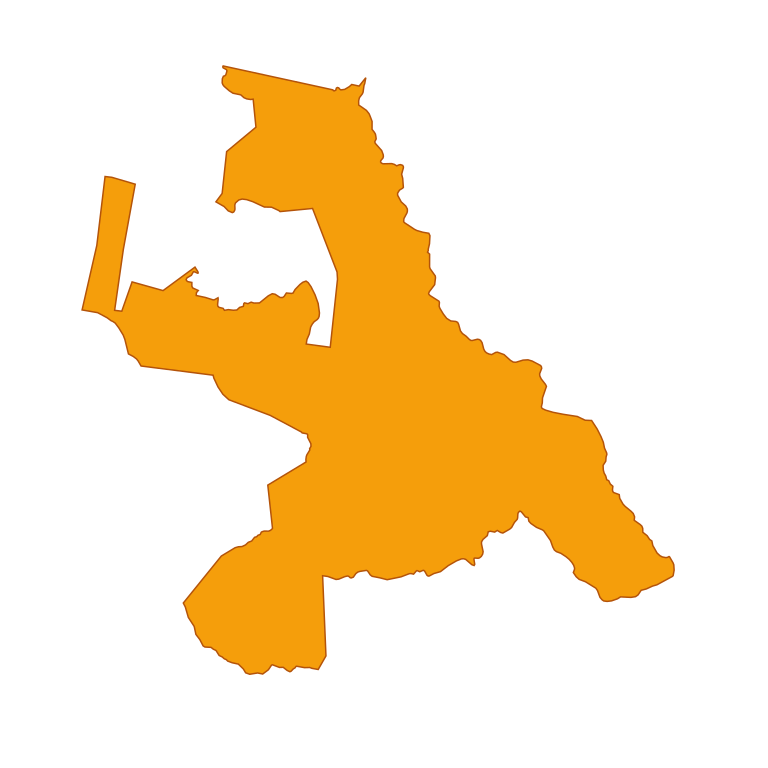 Guarita, Lempira, Honduras (Mercator projection), rotated 186°
{"feature_id": "27666195B2541592461056", "entity_name": "Guarita", "entity_type": "district", "adm_level": 2, "iso_a3": "HND", "parent_name": "Honduras", "parent_adm1": "Lempira", "projection": "mercator", "projection_center": [-88.84, 14.202], "detail": "fine", "context": "isolated", "style": "filled", "palette": "amber", "viewbox_px": 768, "rotation_deg": 186, "n_neighbors": 0, "source": "geoboundaries", "source_scale": "gbopen_adm2", "svg_char_len": 6128}
<svg xmlns="http://www.w3.org/2000/svg" viewBox="0 0 768 768"><g transform="rotate(186 384 384)"><path d="M173.7,369.4L180.2,369.0L188.3,371.9L202.4,372.6L212.8,373.5L220.5,374.9L223.9,376.1L224.7,376.8L225.1,377.9L224.6,381.8L224.9,386.8L222.2,398.6L223.3,400.4L228.2,405.5L229.9,408.3L230.3,410.4L228.8,416.0L229.2,417.5L230.1,418.7L239.0,422.3L243.3,423.1L248.2,422.3L255.1,419.4L257.7,419.3L260.7,420.7L267.7,425.8L274.5,427.5L276.2,427.1L280.0,424.5L282.7,424.8L285.3,425.7L287.0,427.0L288.4,429.0L290.8,435.4L292.5,437.5L294.0,438.2L295.8,438.3L300.7,436.5L302.1,436.4L303.7,437.2L307.3,440.1L311.3,442.4L313.5,444.8L316.1,451.3L317.2,453.0L319.1,453.7L324.2,453.7L328.5,455.8L332.4,459.9L336.4,465.2L337.3,467.2L337.4,470.9L338.0,472.1L347.3,476.7L348.7,477.8L349.1,478.7L348.6,480.5L344.0,488.1L343.9,495.0L344.3,496.8L350.2,503.5L350.9,505.2L352.2,517.9L354.5,519.7L353.9,521.3L354.1,522.6L353.4,528.2L353.8,536.3L355.2,538.6L361.3,539.0L367.4,540.1L369.8,541.0L380.2,546.4L381.4,547.4L381.5,550.5L379.0,556.7L378.8,558.5L379.1,560.5L381.0,563.3L385.9,566.9L390.2,573.2L390.4,575.3L388.8,578.5L385.9,580.7L385.3,581.6L386.9,590.5L388.4,594.5L387.3,601.1L387.5,602.3L388.3,603.4L390.5,603.9L391.8,603.6L394.2,602.3L396.7,603.5L399.4,604.0L407.9,602.9L409.6,603.4L410.6,604.4L410.6,605.7L408.6,608.7L408.4,610.4L408.8,612.1L410.7,615.9L417.9,622.5L418.5,624.0L417.4,626.9L417.9,629.1L418.6,631.5L419.8,633.2L422.5,636.0L423.3,643.9L425.6,648.5L427.0,651.1L430.1,654.3L438.3,658.8L438.8,662.9L438.6,664.8L438.3,666.3L435.8,670.4L435.3,672.1L435.1,678.9L434.6,680.6L434.1,686.7L439.9,677.7L447.4,678.5L449.6,676.1L453.9,672.9L457.6,672.0L458.7,672.5L460.0,673.8L461.4,674.0L462.3,673.3L462.7,671.1L464.2,670.3L465.0,670.5L465.6,671.2L577.2,683.5L577.5,682.5L577.0,681.6L573.6,680.2L572.9,679.0L573.6,675.0L574.5,673.9L575.9,673.3L576.7,670.6L576.4,666.5L575.5,664.8L574.1,663.3L568.5,659.4L564.6,657.4L556.7,656.6L553.2,654.1L550.3,653.2L546.4,653.0L543.9,653.6L538.2,626.0L564.8,598.7L564.9,556.6L570.2,547.6L561.6,543.8L557.0,539.9L552.8,538.6L551.5,539.3L550.7,540.9L550.5,542.3L551.1,546.6L550.6,548.6L547.7,551.8L544.4,553.1L539.8,553.0L533.5,551.6L521.5,547.5L514.3,548.1L506.7,545.5L505.4,544.6L473.4,551.1L442.4,490.5L441.2,483.3L441.3,414.9L465.5,415.6L465.3,420.2L463.5,425.9L462.9,432.9L461.6,436.1L460.0,438.6L457.1,441.2L456.1,442.7L455.6,444.5L455.6,447.9L457.9,457.2L461.9,465.5L466.7,473.1L470.0,476.9L472.3,478.2L475.4,476.7L478.0,474.2L482.3,468.7L484.0,464.9L485.5,464.4L490.6,464.3L492.5,460.6L493.9,459.4L496.4,459.2L501.7,461.9L504.6,462.1L508.3,459.6L516.3,451.6L521.8,450.9L524.7,451.5L527.7,449.7L531.2,450.1L531.8,449.4L532.0,446.5L535.6,445.1L538.1,442.2L541.6,441.6L546.6,441.7L550.4,440.6L551.9,442.4L556.1,443.0L557.4,444.0L557.8,445.7L557.8,451.2L558.1,452.4L561.4,450.1L562.7,449.8L570.7,451.4L580.0,452.4L580.1,455.2L578.5,457.6L584.2,459.5L585.3,461.1L585.7,464.9L589.8,465.3L591.1,466.1L591.7,467.2L591.0,469.0L586.9,472.0L585.3,475.7L584.1,475.7L581.0,474.7L580.4,475.0L580.8,476.2L584.2,480.5L613.5,453.8L645.2,459.2L652.4,429.0L659.6,429.1L657.3,490.6L652.3,556.7L676.2,561.1L683.1,561.2L684.1,491.8L692.0,426.1L676.2,425.0L666.2,420.9L662.2,418.5L660.1,417.8L657.7,416.5L653.7,412.2L648.5,405.4L646.4,401.3L641.3,387.2L636.3,385.2L632.8,383.1L631.0,381.3L627.5,376.5L554.9,374.9L553.8,372.0L548.7,363.6L543.1,356.9L536.6,352.1L493.9,340.9L461.1,327.6L460.3,326.8L455.5,326.4L454.6,325.6L454.4,323.0L450.5,317.0L450.1,314.3L451.2,312.0L450.9,310.6L453.3,305.5L453.7,303.9L453.8,300.9L453.4,298.3L489.0,271.3L479.8,228.8L480.1,228.2L481.6,226.6L483.4,225.6L487.8,225.2L489.9,224.3L490.6,223.7L491.4,221.4L493.5,220.4L494.7,218.8L496.7,218.0L499.2,214.0L502.4,212.4L504.9,209.5L508.2,207.5L511.8,206.9L515.0,205.6L527.8,195.9L560.7,145.2L558.3,141.5L554.2,131.4L547.4,123.0L544.9,115.3L540.4,110.5L536.5,104.6L534.6,103.7L528.5,104.0L526.0,102.4L523.2,101.4L519.6,96.8L516.3,95.6L514.1,94.0L512.0,93.4L510.5,92.1L505.9,90.9L499.6,90.2L494.1,85.9L491.4,82.3L487.2,81.3L479.5,83.4L474.3,82.9L469.1,87.7L466.5,92.6L465.6,93.1L458.3,91.2L454.6,91.7L450.4,89.0L447.5,88.0L446.4,88.6L444.4,91.2L442.8,92.4L442.1,93.8L441.4,94.2L433.4,93.6L428.2,94.3L426.0,93.7L419.6,93.2L413.3,107.5L425.0,186.9L419.7,186.7L411.3,184.6L408.6,185.2L402.9,188.3L400.4,189.2L399.1,189.1L397.3,187.8L396.3,187.7L394.3,188.7L392.2,192.5L390.4,194.2L388.4,195.1L382.0,196.8L380.8,196.4L377.7,192.7L375.7,191.5L367.9,190.8L360.4,189.7L346.9,194.0L339.0,198.0L337.4,198.3L334.7,198.0L332.4,201.3L331.7,201.9L328.8,201.0L325.8,202.7L325.0,202.8L323.9,202.0L321.2,198.2L320.0,197.6L318.9,197.8L314.6,200.7L308.2,203.3L301.1,210.1L293.4,215.7L288.6,218.2L286.5,218.5L284.4,218.1L277.8,213.5L275.4,212.9L274.9,214.2L276.2,218.9L276.1,220.1L275.4,220.4L272.2,220.5L270.9,221.0L269.2,222.7L268.1,225.1L267.9,227.6L270.3,235.1L270.5,237.2L269.3,239.8L265.4,244.0L264.9,247.9L262.9,248.7L258.4,248.3L256.1,250.2L252.4,248.5L250.2,248.2L243.8,252.8L242.1,254.6L239.8,260.0L237.4,263.3L237.1,264.7L237.3,269.2L236.7,270.7L235.5,271.8L234.0,271.2L229.4,266.6L226.7,266.2L225.6,262.7L223.4,260.7L217.4,257.4L211.2,255.5L209.7,254.6L202.1,245.8L199.1,239.5L197.2,236.7L195.0,235.3L190.4,234.1L184.8,231.2L181.4,228.9L178.5,226.2L176.4,223.5L175.2,220.8L175.2,219.4L176.0,216.3L172.7,212.4L169.5,210.1L163.0,208.4L152.0,203.1L150.1,200.9L146.9,194.4L144.6,192.2L142.8,191.2L139.4,191.1L135.0,192.1L129.3,194.8L126.5,197.0L116.1,197.6L111.6,198.8L109.3,200.8L106.7,205.7L101.7,207.6L95.8,211.1L91.6,212.8L76.9,222.9L76.4,223.8L76.0,229.2L76.9,234.5L77.8,236.3L81.9,241.9L82.5,242.2L84.0,241.2L85.5,240.8L89.1,241.1L91.6,242.1L94.8,244.5L99.8,251.5L101.2,255.9L103.6,257.2L106.5,260.7L111.1,263.6L111.6,267.5L112.7,269.6L114.5,271.0L120.9,274.6L120.9,278.1L122.6,281.3L124.9,283.2L131.4,287.5L133.8,289.6L137.6,294.9L138.5,298.6L144.1,300.0L145.2,300.9L145.7,302.6L145.7,306.2L148.5,308.2L150.4,311.3L152.5,312.1L153.8,315.6L155.8,318.5L156.9,321.4L157.6,326.0L155.4,330.4L155.5,334.7L155.0,337.2L155.3,338.6L158.0,343.3L159.8,349.0L162.7,354.4L167.3,361.5L173.7,369.4Z" fill="#f59e0b" stroke="#b45309" stroke-width="1.5"/></g></svg>